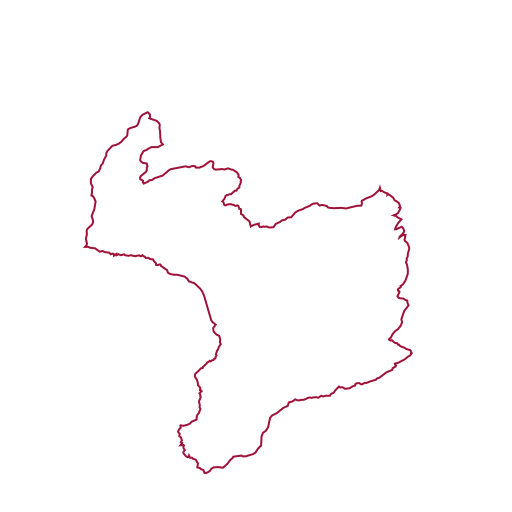 outline of Curití, Santander, Colombia, rotated 244°
{"feature_id": "7082276B68920496479863", "entity_name": "Curití", "entity_type": "district", "adm_level": 2, "iso_a3": "COL", "parent_name": "Colombia", "parent_adm1": "Santander", "projection": "equal_earth", "projection_center": [-73.025, 6.613], "detail": "fine", "context": "isolated", "style": "outline", "palette": "rose", "viewbox_px": 512, "rotation_deg": 244, "n_neighbors": 0, "source": "geoboundaries", "source_scale": "gbopen_adm2", "svg_char_len": 6105}
<svg xmlns="http://www.w3.org/2000/svg" viewBox="0 0 512 512"><g transform="rotate(244 256 256)"><path d="M136.8,113.7L134.7,113.0L134.0,111.0L132.3,108.9L129.6,109.4L127.7,108.1L125.6,109.0L122.6,108.5L121.7,106.9L120.3,107.7L119.0,105.1L117.9,108.0L117.4,108.2L116.2,107.0L114.5,106.6L112.8,107.0L111.6,104.8L110.6,104.3L106.7,105.3L105.3,106.2L104.9,107.2L106.0,108.3L103.7,108.2L102.7,110.1L101.5,110.4L99.3,112.6L95.1,112.9L91.7,110.6L90.1,112.6L88.7,112.9L86.7,114.9L83.5,114.6L82.7,116.9L83.0,120.2L84.4,122.8L84.6,125.2L82.8,129.6L80.2,133.5L81.6,138.8L83.9,143.4L84.7,146.5L85.6,147.6L83.0,155.4L81.7,156.3L80.5,158.9L79.3,166.2L79.5,169.2L82.1,173.6L83.4,177.5L91.4,181.9L94.0,184.7L94.6,188.2L96.9,191.9L104.4,197.7L105.6,200.5L105.7,205.9L107.5,214.0L107.4,218.9L110.0,221.3L109.4,224.3L109.5,226.8L110.0,228.4L108.3,229.8L107.3,231.6L106.8,233.7L105.8,236.0L105.6,238.5L105.8,239.8L105.2,242.5L104.1,243.8L103.9,245.2L102.7,248.2L101.3,249.8L101.8,253.4L100.3,254.8L99.8,257.6L98.0,261.1L99.2,263.4L99.0,265.7L100.4,268.2L102.3,273.3L100.8,274.1L100.5,275.5L99.7,276.6L97.7,277.7L96.3,281.4L96.1,282.5L96.5,285.4L96.2,288.3L97.3,289.1L97.5,290.6L96.4,293.3L95.1,293.8L94.1,295.1L94.4,298.2L93.5,299.5L93.2,303.8L92.2,309.6L92.9,311.0L92.5,313.6L94.3,322.3L93.9,328.6L95.3,329.6L95.5,333.0L95.8,333.5L96.2,333.9L97.1,333.4L98.4,333.6L97.7,337.0L97.9,344.2L98.9,348.5L99.1,351.1L100.3,353.3L100.9,352.7L103.0,353.6L103.9,353.2L106.3,350.5L109.2,348.6L110.9,346.8L112.6,345.8L113.5,345.8L113.8,345.0L116.0,344.5L116.4,343.5L117.5,342.5L120.8,341.2L121.1,339.7L122.5,338.9L123.2,339.7L123.5,341.5L125.9,344.4L127.5,348.2L128.0,351.5L129.7,355.2L132.4,358.3L135.4,358.9L141.6,365.1L144.8,371.5L147.5,371.6L149.7,372.4L150.9,371.1L153.1,369.8L155.5,366.0L157.9,365.5L160.6,369.1L161.5,369.3L162.1,368.6L162.8,368.5L163.7,369.0L164.1,369.5L164.5,372.2L164.8,372.7L165.7,372.8L166.0,375.3L168.1,379.2L173.3,384.5L177.1,386.5L181.9,387.9L184.7,388.0L186.0,389.7L187.6,390.2L189.0,392.1L191.5,393.5L195.2,396.8L196.6,397.4L201.2,397.8L203.9,396.6L205.3,396.5L209.3,399.6L210.2,398.1L210.3,395.6L209.7,393.0L210.3,393.5L211.5,397.2L212.6,399.3L213.6,400.2L216.4,400.5L218.4,399.7L218.6,393.7L219.0,392.7L220.5,394.0L223.3,398.1L225.2,402.8L228.5,400.3L230.4,399.5L232.2,397.5L232.0,400.4L232.3,402.4L235.3,406.6L235.8,407.0L236.8,405.9L237.4,407.2L240.6,407.7L243.4,406.4L245.3,405.0L248.5,404.8L252.9,402.5L253.5,402.0L253.3,400.8L254.6,401.6L256.7,399.4L259.4,397.7L259.8,396.6L263.1,397.3L261.3,395.5L259.2,388.4L259.0,385.6L259.5,380.5L259.2,375.4L258.8,374.9L256.5,374.1L255.1,372.7L256.8,368.9L259.3,357.7L261.9,353.7L264.9,346.8L267.4,342.7L268.3,341.9L269.8,341.6L272.7,338.2L273.2,336.9L273.4,335.3L276.7,334.0L277.9,330.6L278.0,328.4L277.5,326.5L277.9,321.0L277.6,318.5L278.2,314.3L277.9,310.3L275.4,304.7L276.6,301.4L276.5,300.2L275.8,298.3L276.6,295.2L276.1,292.5L276.2,287.8L274.2,284.3L275.7,280.6L276.9,279.1L277.8,278.7L278.8,275.9L279.4,275.5L279.5,274.0L280.5,272.1L282.5,271.8L283.9,272.7L284.9,267.8L284.8,264.2L289.9,265.3L296.2,262.3L298.1,262.5L300.4,260.9L304.1,262.8L305.0,262.8L305.7,261.7L309.0,262.1L309.5,261.7L310.1,259.4L311.5,258.5L313.8,255.8L314.9,252.5L314.9,250.7L315.8,249.9L318.7,250.3L319.9,249.7L321.2,252.7L323.2,254.8L323.6,256.4L323.2,256.9L323.1,259.4L322.5,260.7L324.0,265.7L323.3,267.0L324.6,268.8L324.9,271.1L326.2,271.7L328.7,274.6L329.4,274.7L330.9,275.9L333.0,275.8L335.0,274.8L336.4,275.9L339.4,275.6L343.7,273.0L344.3,271.9L347.0,269.4L347.6,265.6L349.1,263.5L351.3,257.6L352.7,256.3L354.7,256.0L358.0,258.4L359.7,258.6L361.0,257.1L361.3,255.8L359.9,247.9L360.3,243.6L362.0,240.5L363.3,240.7L364.0,239.8L365.0,237.5L365.1,234.8L367.5,231.9L371.4,217.5L371.2,215.0L369.2,207.3L370.4,199.0L369.9,195.8L370.8,193.3L370.1,191.4L370.4,186.8L371.7,186.6L373.2,187.4L376.0,185.6L377.8,186.6L378.3,187.4L379.8,193.8L381.0,195.5L383.2,196.5L384.1,197.8L387.2,198.3L389.2,195.1L391.4,194.0L392.9,193.9L396.7,196.6L399.5,200.8L399.6,202.2L399.2,203.9L399.7,205.9L399.7,209.9L396.9,215.4L397.1,221.2L399.9,220.5L404.4,221.9L410.2,224.5L413.1,225.2L416.4,227.1L418.0,227.1L421.2,225.8L426.6,220.4L427.4,221.7L429.7,222.7L432.7,221.7L432.7,216.0L431.4,212.7L426.9,208.4L425.5,206.6L425.2,204.4L426.0,199.8L426.1,197.0L425.4,195.9L421.0,193.3L420.3,192.4L419.1,188.2L417.8,185.3L417.1,182.0L417.2,179.1L418.0,175.1L415.5,168.5L414.1,166.6L411.8,165.3L409.2,161.6L406.4,158.8L405.1,155.9L403.3,154.7L400.9,151.6L400.9,149.2L399.1,144.0L397.6,141.3L393.4,139.4L389.6,139.5L387.5,137.6L384.9,136.4L382.6,134.6L381.9,135.5L378.7,136.0L375.3,135.7L368.9,131.2L364.3,126.1L363.3,125.6L359.3,125.1L357.6,124.2L356.1,122.5L354.3,116.4L352.9,114.8L349.8,113.6L345.8,110.5L341.5,109.6L340.0,108.5L339.1,106.4L337.9,109.0L336.0,110.7L333.4,114.8L328.4,117.4L327.7,120.4L325.7,121.9L323.4,125.5L321.2,126.2L321.0,128.3L320.2,129.0L318.6,128.5L319.0,131.5L317.8,131.1L317.9,133.1L315.8,135.1L315.4,138.1L314.0,138.8L312.1,141.5L311.4,144.3L310.4,145.1L308.5,147.9L308.5,149.1L307.6,151.5L306.6,151.9L306.2,152.6L306.5,154.3L305.1,154.8L304.4,155.6L302.6,156.1L301.4,158.6L299.5,159.6L298.1,162.0L296.0,162.0L293.3,162.9L291.7,162.3L291.0,163.5L290.6,166.0L290.1,166.4L288.6,166.3L282.2,169.9L279.7,169.5L277.4,171.0L275.1,174.1L273.6,177.1L268.9,182.7L265.7,184.3L262.6,184.6L258.4,188.8L250.9,191.6L247.4,192.1L242.3,191.8L217.9,187.6L216.0,187.8L211.9,189.7L210.0,185.9L206.6,184.8L202.7,186.0L200.4,187.9L196.8,187.4L194.5,185.8L192.2,185.7L190.6,182.8L188.4,180.6L188.1,179.6L185.2,176.9L184.0,177.0L182.9,175.3L181.8,174.6L181.8,173.1L181.1,172.1L181.5,171.0L181.2,169.0L182.1,168.5L181.7,167.3L181.7,165.4L181.0,164.4L179.5,159.7L178.7,159.0L179.2,157.1L178.1,154.7L176.8,149.9L176.2,149.2L174.6,148.2L170.6,148.6L168.2,148.3L165.2,147.2L162.1,148.2L159.9,146.8L159.2,147.8L158.3,147.9L157.4,145.0L155.0,145.0L154.5,144.4L153.3,144.4L150.3,141.0L146.6,140.1L144.9,139.0L142.8,139.0L140.7,136.5L140.2,136.4L139.0,133.8L137.7,132.4L135.0,130.9L135.3,125.7L134.3,123.0L134.3,120.9L135.1,116.4L136.8,114.2L136.8,113.7Z" fill="none" stroke="#9f1239" stroke-width="2"/></g></svg>